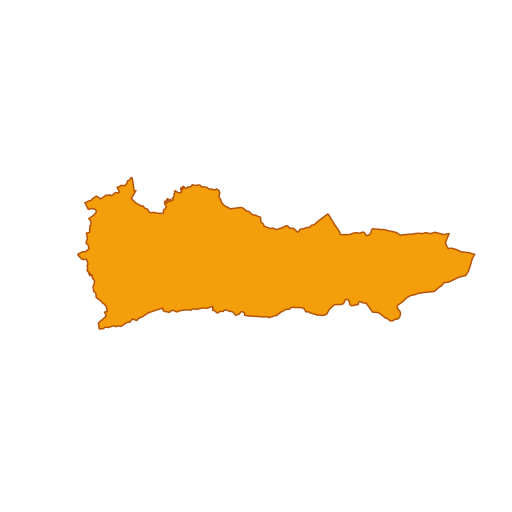 Thach Thanh, Thanh Hóa, Vietnam, rotated 139°
{"feature_id": "81297802B70743667519193", "entity_name": "Thach Thanh", "entity_type": "district", "adm_level": 2, "iso_a3": "VNM", "parent_name": "Vietnam", "parent_adm1": "Thanh Hóa", "projection": "albers", "projection_center": [105.627, 20.211], "detail": "fine", "context": "isolated", "style": "filled", "palette": "amber", "viewbox_px": 512, "rotation_deg": 139, "n_neighbors": 0, "source": "geoboundaries", "source_scale": "gbopen_adm2", "svg_char_len": 6163}
<svg xmlns="http://www.w3.org/2000/svg" viewBox="0 0 512 512"><g transform="rotate(139 256 256)"><path d="M95.7,146.1L96.9,147.2L99.1,148.1L100.3,149.1L105.3,156.4L109.7,158.4L111.7,161.2L113.0,162.5L115.7,163.6L117.0,165.2L119.9,167.7L124.2,170.3L126.9,172.6L128.7,173.7L131.6,176.0L133.5,176.9L134.3,180.6L135.3,182.7L139.0,187.5L141.7,191.5L142.3,192.3L144.6,194.0L145.6,195.6L147.4,197.1L148.9,198.8L150.1,199.9L150.6,200.0L152.1,199.6L153.5,198.4L154.9,197.8L156.1,197.7L158.7,198.4L159.3,199.0L158.9,202.3L159.0,203.0L159.6,203.9L162.7,205.2L163.4,205.7L164.7,207.5L166.2,208.6L168.5,209.9L170.3,210.3L171.4,210.9L176.1,214.8L178.3,217.0L177.3,219.1L176.7,221.6L176.1,228.6L175.4,231.2L175.3,232.9L174.1,239.2L174.1,240.3L174.5,240.7L187.8,241.6L191.6,241.4L193.8,242.7L197.1,242.7L198.8,244.0L202.4,245.5L205.0,247.2L207.3,246.6L208.8,246.6L209.2,247.9L209.4,251.9L210.5,253.2L212.0,254.4L212.4,256.1L212.4,258.0L212.7,258.5L213.5,259.0L218.4,260.4L220.1,261.3L222.8,262.1L224.4,264.5L224.6,265.7L227.3,267.5L230.3,273.2L229.5,275.1L229.9,278.2L228.9,279.9L227.4,281.9L227.3,282.8L228.4,284.4L229.8,287.4L230.9,288.4L231.7,289.8L232.2,294.5L233.6,296.0L234.3,300.3L234.7,301.3L235.4,302.4L236.3,303.1L244.3,308.3L246.8,314.8L246.9,318.6L246.5,320.0L245.6,321.6L245.4,324.5L244.5,325.6L242.1,327.1L241.2,329.4L241.1,329.9L241.7,332.4L243.0,332.7L244.3,333.5L246.0,336.1L247.3,337.1L247.7,337.9L248.0,339.8L249.1,341.4L251.3,343.7L251.8,344.6L251.9,344.9L251.6,345.8L252.0,346.5L253.5,347.8L255.1,348.6L257.4,351.6L259.2,351.0L261.3,351.9L262.3,352.9L263.3,352.9L263.7,352.6L265.1,353.3L264.9,354.8L265.2,355.1L264.9,355.8L265.2,356.2L265.5,356.2L265.8,355.6L266.6,354.8L267.5,355.0L267.5,355.3L267.3,355.5L266.6,355.4L266.0,355.9L266.0,356.2L266.7,356.4L267.3,355.9L268.0,356.5L268.4,356.4L269.0,355.8L268.8,355.5L267.8,355.5L268.1,354.4L269.3,354.6L269.9,354.3L269.9,353.6L271.1,353.1L271.9,353.3L273.3,355.3L274.2,358.2L274.6,358.4L275.2,358.1L275.9,357.1L277.3,356.4L278.4,355.0L281.4,354.2L281.1,353.8L281.1,353.2L282.0,352.7L282.6,352.6L283.2,352.9L283.5,354.6L284.2,354.5L285.0,353.5L285.4,353.6L285.9,354.1L285.9,355.7L284.7,356.1L285.3,357.3L286.4,357.1L287.1,355.2L287.9,354.3L288.2,354.2L288.7,354.5L288.9,355.0L288.3,356.8L288.7,357.2L289.0,357.0L290.8,355.4L291.0,353.3L291.6,351.8L292.6,351.6L293.6,351.1L295.3,351.4L297.0,350.0L297.6,349.1L298.3,349.1L302.6,353.2L303.5,354.4L303.8,355.3L304.7,355.6L305.1,356.5L307.4,358.0L307.8,359.5L307.7,360.7L307.3,361.5L307.1,362.4L308.5,364.6L308.6,366.9L308.4,367.9L309.8,369.2L312.1,375.3L312.3,381.2L304.0,384.1L305.2,385.1L299.2,394.5L298.3,396.4L298.4,396.8L299.3,397.0L301.8,396.3L304.0,396.9L305.4,395.8L306.4,395.4L308.4,395.1L308.9,395.3L312.0,398.1L313.0,397.8L315.7,398.9L316.2,397.7L316.9,394.3L317.3,394.0L318.1,393.9L319.3,394.7L320.6,396.1L325.6,396.2L325.8,396.6L326.0,398.1L327.7,398.6L329.1,400.2L335.4,400.9L336.0,401.6L336.8,405.0L337.4,406.0L342.8,406.5L344.3,406.1L345.4,406.9L347.1,407.5L350.2,408.3L351.9,401.5L351.8,401.0L349.4,400.0L346.9,397.2L346.7,395.9L347.0,395.1L347.5,394.2L348.2,393.7L352.1,393.3L357.7,393.9L357.7,391.5L359.1,388.5L360.3,387.7L361.4,387.8L366.1,383.1L366.6,383.1L369.0,384.5L371.9,379.6L374.3,378.4L375.8,377.2L375.5,374.5L377.0,371.5L377.7,370.9L378.8,371.2L379.8,370.9L380.5,371.2L381.6,371.0L382.9,371.8L383.5,372.6L384.6,373.1L389.1,374.2L389.5,374.0L389.7,372.4L389.6,368.2L388.6,366.6L388.0,366.0L386.4,365.0L386.1,364.3L387.0,362.8L387.6,361.0L388.2,360.1L389.7,359.5L391.4,356.8L392.7,356.3L392.7,355.5L393.3,354.8L392.5,353.0L392.8,352.7L393.7,352.6L393.8,352.3L392.9,351.3L392.8,350.9L393.1,350.6L394.2,350.7L394.3,350.5L393.5,349.7L392.2,349.0L393.2,348.0L393.7,346.5L394.0,346.0L393.9,345.7L394.2,345.2L394.0,343.7L394.1,342.9L395.2,342.4L396.0,341.4L397.6,340.6L399.7,339.2L400.2,337.7L401.1,336.8L401.6,335.9L401.4,333.6L401.6,332.6L403.0,330.4L403.7,329.9L403.7,329.0L402.5,323.4L402.6,320.7L401.9,318.9L402.2,316.6L402.7,315.0L404.4,312.0L404.9,311.5L406.3,312.8L407.2,312.9L408.1,309.3L408.6,309.1L411.7,308.8L418.4,308.9L419.1,308.6L422.1,303.7L419.0,301.4L416.6,301.2L414.1,298.8L409.7,297.0L407.5,294.1L406.0,294.0L403.8,291.3L399.2,290.9L396.2,290.2L395.3,289.2L394.6,288.9L390.5,289.6L390.2,288.4L389.2,287.7L388.9,286.2L387.6,285.5L386.9,285.5L385.8,286.1L381.7,284.7L374.9,283.8L368.6,281.4L360.7,277.9L360.5,277.6L361.7,276.4L361.8,275.4L361.3,274.0L360.4,273.1L358.4,270.3L356.3,270.3L354.7,269.9L354.2,269.4L352.4,265.7L349.2,264.5L345.4,262.2L342.0,259.5L340.9,257.9L338.7,257.7L335.7,254.8L330.7,251.9L329.1,250.7L327.7,248.9L321.9,246.5L321.9,246.0L324.3,243.4L323.2,242.0L322.7,238.4L318.9,237.5L317.9,236.2L317.0,235.7L315.7,235.9L313.8,234.8L312.2,231.4L311.1,230.5L310.2,228.8L310.2,224.6L306.9,223.2L303.7,223.7L302.9,223.0L302.1,221.1L302.6,219.5L303.4,218.7L301.3,216.0L293.0,207.9L292.0,206.6L289.2,204.4L287.5,202.8L287.1,201.6L286.5,201.0L282.7,199.2L281.0,198.7L279.2,197.4L277.4,197.9L275.8,197.1L274.6,197.7L273.3,197.0L268.5,196.1L265.7,194.0L263.0,193.9L262.2,193.6L260.7,191.8L256.5,188.1L254.4,185.5L254.4,184.2L254.8,182.0L254.7,180.8L253.0,179.5L252.0,176.8L249.4,172.9L248.6,171.1L246.5,169.5L244.9,167.5L242.5,166.2L240.7,165.8L235.3,167.7L229.0,167.8L228.6,167.7L224.9,164.6L222.6,163.0L220.6,162.8L217.6,164.4L216.0,163.7L215.1,162.6L215.9,159.5L216.9,157.8L217.0,156.8L216.5,156.0L214.7,154.4L213.5,154.3L211.7,152.8L211.0,152.5L210.6,152.5L209.1,153.6L208.0,153.7L207.4,153.2L205.6,149.9L203.8,148.1L204.8,137.1L202.5,134.9L200.9,133.0L200.3,131.7L199.3,125.7L198.8,123.9L197.9,122.5L197.4,119.5L196.8,118.4L194.3,117.1L192.6,117.1L190.8,115.7L189.2,115.5L188.1,115.6L185.4,117.0L184.1,118.7L183.6,120.1L183.8,122.8L183.3,123.9L182.0,125.6L180.9,125.9L175.9,125.3L168.7,125.6L167.3,125.0L165.3,124.8L161.3,122.5L158.4,121.5L152.8,118.0L144.7,112.3L139.9,112.2L138.3,112.3L135.6,111.7L131.5,112.5L127.7,109.9L116.7,106.9L111.2,104.0L110.5,103.7L109.7,103.8L107.7,104.7L106.6,104.7L101.3,107.7L94.3,112.2L89.9,113.8L92.9,118.5L98.4,124.7L100.5,129.4L103.1,133.4L105.6,135.2L106.0,136.0L105.4,138.8L104.6,141.4L100.7,143.7L95.7,146.1Z" fill="#f59e0b" stroke="#b45309" stroke-width="1.5"/></g></svg>